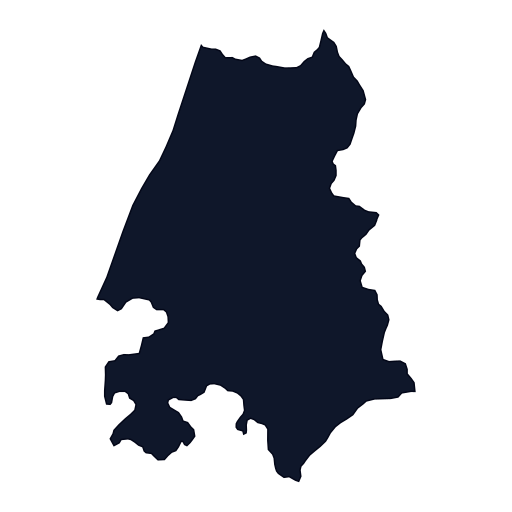 the district of Rehovot, HaMerkaz, Israel
{"feature_id": "584046B25822139954764", "entity_name": "Rehovot", "entity_type": "district", "adm_level": 2, "iso_a3": "ISR", "parent_name": "Israel", "parent_adm1": "HaMerkaz", "projection": "robinson", "projection_center": [34.769, 31.885], "detail": "fine", "context": "isolated", "style": "filled", "palette": "ink", "viewbox_px": 512, "rotation_deg": 0, "n_neighbors": 0, "source": "geoboundaries", "source_scale": "gbopen_adm2", "svg_char_len": 3646}
<svg xmlns="http://www.w3.org/2000/svg" viewBox="0 0 512 512"><path d="M414.9,391.4L414.0,382.7L411.2,378.7L407.1,373.8L407.1,369.3L405.3,363.8L400.1,361.1L394.8,361.3L389.0,361.7L382.9,359.5L380.7,349.7L382.3,341.2L384.3,332.4L386.1,327.9L387.3,325.3L388.8,319.8L387.7,315.1L384.1,311.4L381.1,306.4L378.5,304.3L377.2,299.8L377.0,294.8L374.8,290.5L368.4,289.5L362.1,287.4L360.1,280.7L361.9,275.4L365.3,271.3L364.3,267.3L361.5,264.0L360.3,261.0L356.2,257.7L354.6,253.4L356.6,248.8L359.3,246.1L359.9,240.0L361.7,237.8L365.9,234.3L368.9,230.0L374.6,225.3L376.6,220.3L376.8,219.2L378.6,215.0L376.2,212.7L368.5,211.9L364.5,210.3L359.3,206.4L355.6,206.0L351.2,202.2L348.8,198.5L343.3,197.7L333.8,196.0L331.6,193.0L329.4,188.3L331.2,183.4L334.0,180.2L336.0,175.5L336.0,170.4L335.4,165.7L333.2,164.1L332.0,161.3L334.6,155.8L337.4,150.5L343.1,149.5L347.1,147.8L350.0,144.2L351.8,138.9L353.8,133.2L355.6,126.1L356.0,120.0L357.4,113.7L361.0,107.6L364.3,103.9L365.5,99.6L363.1,90.7L359.2,84.6L357.2,81.1L353.4,77.1L350.5,70.4L348.7,66.5L345.5,63.9L342.1,59.8L339.0,56.5L337.4,52.3L336.2,46.4L333.8,42.5L327.3,37.8L325.7,33.4L323.9,30.7L322.7,33.4L321.1,40.4L319.4,47.4L317.4,49.7L314.3,52.3L312.3,57.2L307.9,58.7L304.3,61.5L300.7,65.7L296.7,67.7L290.6,68.0L284.8,68.1L275.9,66.5L272.7,66.1L265.7,64.1L261.6,61.3L259.5,58.1L255.6,56.1L250.1,57.2L245.6,59.2L242.1,60.5L235.1,59.2L232.4,57.7L225.3,57.8L222.3,54.4L220.0,50.9L215.6,49.2L211.5,49.2L202.8,47.3L201.3,45.5L195.4,62.1L188.5,83.1L178.2,114.4L173.1,130.6L166.2,146.8L159.6,160.8L149.7,174.8L141.7,188.5L132.9,205.4L123.0,231.6L106.9,277.3L97.8,297.2L97.1,299.0L100.0,299.5L104.0,299.5L110.1,304.4L112.7,307.5L117.6,310.6L121.3,308.7L125.8,302.1L132.6,298.1L139.1,297.6L149.4,299.9L151.3,302.1L153.4,307.3L156.7,309.6L163.7,309.6L166.5,312.0L168.1,316.7L168.4,322.6L164.2,328.3L155.0,331.1L153.9,333.9L148.9,337.2L143.3,337.9L141.5,345.5L139.3,353.5L128.8,354.9L123.9,354.7L118.7,356.1L115.0,360.8L108.9,361.8L105.4,367.0L105.6,375.0L105.4,380.7L104.7,390.6L104.7,396.3L106.6,404.0L110.1,404.3L111.5,402.6L112.6,396.5L114.5,392.9L119.4,391.3L125.1,391.3L128.3,393.7L129.7,398.1L133.7,400.5L136.1,404.5L134.9,410.2L130.9,414.2L125.5,418.7L119.0,424.8L114.0,430.3L113.1,433.8L110.3,438.8L114.0,445.6L119.2,442.8L121.1,439.5L127.9,438.8L130.9,439.5L134.9,442.1L138.6,445.1L142.8,446.8L144.2,451.0L146.1,452.7L151.5,453.4L153.8,455.8L158.0,459.8L164.4,459.5L167.9,455.5L171.6,452.2L175.8,450.6L178.4,446.8L180.0,443.5L181.2,441.2L183.0,441.5L184.6,444.5L186.9,445.6L190.0,442.6L192.1,439.9L194.7,436.2L193.6,429.7L190.8,427.0L187.6,422.6L183.0,421.1L181.5,417.0L178.5,412.7L173.7,409.8L169.7,407.4L167.6,403.0L168.3,400.0L173.1,397.4L176.4,397.4L178.8,399.5L185.2,400.0L191.1,400.4L195.4,398.7L197.7,395.7L200.4,394.4L204.0,392.2L205.3,388.9L206.5,385.8L209.8,383.9L214.3,383.6L220.6,385.1L225.4,388.3L227.8,390.6L232.7,391.0L237.5,393.0L241.1,396.0L243.5,399.4L244.0,405.7L244.6,410.4L243.1,414.3L240.5,417.2L237.4,421.6L236.3,423.8L236.2,427.2L237.7,429.4L242.9,430.9L243.7,434.1L246.1,432.9L246.4,430.2L246.2,424.9L247.1,420.1L250.6,418.2L254.3,419.6L257.8,422.5L261.9,423.5L265.2,424.9L267.9,429.1L267.8,440.3L268.4,449.5L272.7,454.2L274.2,458.1L274.8,464.3L275.7,468.3L276.6,471.0L278.4,473.4L284.0,477.3L289.2,476.6L295.5,480.2L298.7,481.3L300.8,476.3L300.0,470.1L300.9,466.2L303.5,463.4L305.3,460.7L309.6,455.1L314.8,450.7L320.1,446.4L325.5,441.2L327.7,437.6L330.3,432.8L335.3,426.7L340.0,423.0L340.7,422.5L346.7,418.9L352.8,414.7L357.5,408.1L363.1,403.8L366.2,401.0L374.6,398.9L390.7,398.4L398.0,397.0L401.7,392.9L411.1,391.3L414.9,391.4Z" fill="#0f172a" stroke="#020617" stroke-width="1.5"/></svg>